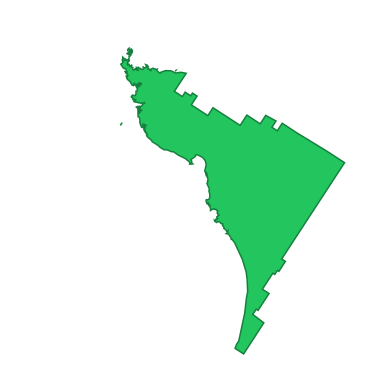 Broome, Western Australia, Australia (Robinson projection), rotated 303°
{"feature_id": "25037944B66848731281736", "entity_name": "Broome", "entity_type": "district", "adm_level": 2, "iso_a3": "AUS", "parent_name": "Australia", "parent_adm1": "Western Australia", "projection": "robinson", "projection_center": [122.495, -18.173], "detail": "fine", "context": "isolated", "style": "filled", "palette": "green", "viewbox_px": 384, "rotation_deg": 303, "n_neighbors": 0, "source": "geoboundaries", "source_scale": "gbopen_adm2", "svg_char_len": 5946}
<svg xmlns="http://www.w3.org/2000/svg" viewBox="0 0 384 384"><g transform="rotate(303 192 192)"><path d="M288.4,122.5L286.3,117.4L282.9,113.5L282.2,108.4L279.5,103.8L275.4,100.6L274.2,100.6L274.5,97.3L275.1,95.9L276.0,95.8L275.0,95.0L275.2,94.4L274.5,91.8L272.9,90.8L271.8,91.3L271.8,90.2L271.5,90.6L271.3,90.6L271.7,89.8L271.4,87.9L272.3,86.9L273.2,87.3L274.0,85.2L273.6,83.8L272.8,85.4L270.8,85.3L270.3,84.5L270.2,82.2L269.9,84.2L268.1,84.0L267.2,82.6L267.6,81.6L267.0,80.7L267.4,79.1L266.7,78.8L266.4,77.9L264.7,80.5L264.3,79.4L264.8,78.8L264.8,77.7L264.2,78.1L264.1,77.1L262.6,76.9L262.2,76.2L263.1,74.9L264.1,74.6L263.8,74.2L264.4,72.8L265.5,72.5L265.4,72.0L263.2,71.6L264.9,69.5L264.7,68.9L263.7,68.8L264.0,68.0L266.0,67.1L266.5,67.8L267.7,67.6L267.8,68.6L267.9,67.8L269.8,66.2L267.7,66.2L266.9,65.5L267.1,64.9L266.5,64.8L265.9,63.8L266.5,63.2L267.2,63.4L267.1,62.4L266.3,61.8L267.2,61.2L267.4,60.5L264.5,62.0L264.6,62.9L263.9,63.8L264.5,62.5L264.3,62.0L263.4,63.1L262.3,63.5L260.4,62.6L258.9,65.9L259.5,66.1L258.9,66.0L258.7,66.7L258.6,68.2L259.2,68.6L259.1,69.7L257.8,71.0L256.8,71.1L256.5,70.4L256.0,71.4L256.4,71.2L257.9,72.6L256.4,71.8L255.6,73.8L253.7,74.4L254.6,74.5L254.7,74.8L253.4,74.6L252.6,75.5L252.3,75.6L253.8,73.2L253.3,73.7L250.9,76.9L251.3,76.5L250.9,79.6L249.0,83.5L249.2,84.7L250.3,85.4L251.0,84.2L251.7,84.4L251.7,84.9L251.0,85.0L251.1,87.2L252.1,87.0L253.0,87.7L253.3,88.4L254.3,87.8L255.0,87.8L254.3,88.0L254.0,88.7L254.7,88.8L254.1,89.6L254.7,89.8L254.3,89.9L255.5,91.2L254.6,90.9L253.5,89.6L253.2,89.9L253.3,89.3L252.7,89.4L252.8,89.1L251.5,88.0L252.2,88.9L252.2,89.5L251.8,89.7L252.0,89.2L251.0,88.3L251.2,89.0L250.8,88.4L251.0,88.7L250.9,89.0L250.6,88.5L250.3,89.3L249.1,89.8L250.5,88.3L250.0,87.9L248.6,90.2L246.9,90.8L246.1,90.1L244.3,91.3L242.6,91.8L241.5,91.4L240.9,89.3L239.0,89.1L238.4,89.7L238.9,90.1L238.7,90.7L237.4,92.1L238.5,93.3L238.5,94.3L238.3,93.8L238.1,94.4L238.1,93.8L237.3,93.8L237.8,94.3L237.3,94.2L236.9,93.8L237.1,93.1L236.2,94.4L236.8,96.1L237.3,96.3L237.6,98.6L238.4,99.1L238.4,100.9L239.2,101.2L239.4,102.2L240.1,102.7L239.7,102.7L240.0,103.4L240.8,103.3L241.0,103.4L240.4,103.9L239.5,102.9L238.6,102.8L237.4,103.2L235.8,102.2L234.6,102.7L235.3,101.2L234.3,100.5L234.3,100.0L233.5,100.1L232.9,98.4L232.7,100.4L233.2,101.5L232.7,102.9L233.2,102.5L232.6,103.7L232.9,104.6L232.4,104.3L232.5,105.1L232.2,104.9L231.7,104.3L232.1,103.7L231.3,104.0L230.7,105.0L229.8,104.7L230.6,104.5L230.8,103.8L230.4,103.6L231.7,102.9L232.2,101.4L225.8,105.7L226.0,106.5L224.9,108.5L221.5,110.7L218.8,114.4L218.9,115.2L219.7,115.6L220.8,115.1L221.2,114.3L222.0,113.9L221.8,114.5L221.3,114.4L221.3,115.1L222.1,115.3L222.5,114.9L222.8,115.1L222.6,115.6L222.9,115.5L222.6,115.8L221.0,115.8L222.8,116.6L222.9,117.2L220.6,116.2L220.5,117.1L220.2,116.6L219.0,117.3L219.1,117.9L218.4,117.5L219.2,116.9L218.8,117.1L218.1,117.9L218.5,118.2L218.0,119.0L218.2,119.8L217.7,119.1L217.4,120.0L217.2,119.5L217.7,118.7L217.2,119.1L216.0,122.2L215.9,122.9L216.5,122.1L216.2,122.9L215.7,123.3L214.8,123.0L213.9,124.6L213.2,130.1L212.5,131.1L212.6,138.9L212.0,140.6L212.2,145.6L213.9,148.5L214.6,153.2L214.7,152.8L215.2,152.8L214.8,153.0L215.6,154.4L215.5,160.8L216.4,167.8L215.9,172.9L215.0,174.7L214.1,174.9L216.0,177.4L216.3,176.0L217.9,174.7L218.7,173.4L221.9,174.9L224.0,175.4L225.0,175.0L226.1,176.2L226.6,176.1L226.2,176.3L226.8,181.8L225.6,185.9L222.7,189.0L216.5,191.3L215.9,192.2L216.3,193.0L215.6,194.5L214.7,194.4L215.5,194.0L215.6,193.6L215.0,193.9L215.7,193.5L215.5,193.1L214.5,193.8L213.9,195.4L214.2,195.6L213.6,196.2L213.5,195.7L211.3,198.6L209.4,199.1L208.4,200.0L207.2,199.9L204.3,204.5L203.3,205.3L202.2,205.5L200.0,207.9L197.3,209.7L195.4,210.2L194.1,209.5L193.4,208.2L191.9,208.8L190.3,211.1L191.1,212.8L191.7,211.7L191.5,211.2L191.6,210.9L192.0,211.6L190.6,213.6L190.8,214.4L190.2,214.9L190.7,214.2L190.4,213.5L190.8,212.9L190.4,212.5L188.8,216.0L186.6,217.6L188.2,218.3L189.9,219.6L189.8,220.0L190.4,220.0L190.0,220.1L190.5,223.4L190.2,223.6L190.1,223.1L188.9,224.5L188.0,224.6L187.3,226.7L187.1,226.2L185.9,226.9L184.7,226.3L183.4,227.5L183.6,227.9L182.6,227.8L182.2,226.9L181.1,227.1L180.8,226.7L180.4,227.0L180.5,228.0L180.2,227.1L180.4,226.4L179.8,226.9L179.9,229.4L180.8,229.5L182.1,231.2L181.4,233.2L182.0,234.6L181.9,236.0L181.8,234.8L181.3,235.1L181.3,234.8L180.6,236.3L181.0,236.9L180.4,236.4L179.8,238.1L178.8,238.4L178.7,240.8L177.2,243.9L177.9,243.4L178.7,243.4L177.3,244.2L175.8,243.5L176.5,245.3L176.2,246.5L174.8,249.6L173.6,250.7L174.1,251.4L172.8,255.2L162.8,271.1L154.7,280.7L148.8,285.8L138.8,292.9L132.7,295.4L119.1,302.2L92.4,312.4L88.5,312.3L84.3,313.3L84.3,323.5L121.4,323.5L122.4,309.7L128.7,309.7L128.7,311.9L148.8,311.9L148.8,304.0L167.9,304.0L167.9,306.3L172.7,306.3L172.8,308.1L184.7,308.1L184.7,303.7L299.7,304.0L299.7,282.8L298.7,247.6L298.8,230.2L289.8,230.2L289.8,223.8L297.3,223.8L296.4,212.1L286.3,212.1L286.4,196.1L274.1,196.1L274.1,163.7L264.7,163.7L264.7,144.0L275.2,144.0L275.2,138.5L272.0,138.5L272.0,131.9L266.8,131.9L266.8,122.4L288.4,122.5ZM277.5,62.6L276.8,63.2L276.6,62.4L275.4,62.7L276.1,63.8L275.3,65.0L275.8,65.7L276.4,64.9L276.5,65.7L276.9,65.7L276.9,64.9L278.1,62.9L277.5,62.6ZM278.2,65.0L278.8,63.1L278.2,62.9L277.3,65.1L278.2,65.0ZM273.1,65.9L270.6,65.3L271.4,65.6L271.5,66.0L273.1,65.9ZM272.8,63.3L272.7,65.0L272.9,65.0L272.7,64.0L273.5,63.4L273.2,63.3L272.8,63.3ZM274.4,65.0L275.1,64.5L275.4,63.7L274.9,63.4L274.4,65.0ZM275.9,60.8L277.4,61.0L277.5,60.7L276.2,60.5L275.9,60.8ZM274.4,62.5L273.9,62.6L274.0,63.0L274.8,63.3L274.4,62.5ZM208.9,95.6L210.2,95.9L209.5,95.6L211.0,95.5L208.9,95.6ZM211.2,95.6L212.1,95.9L211.1,95.5L211.2,95.6ZM284.3,111.8L284.8,112.3L285.1,112.3L284.3,111.8ZM274.5,65.8L274.9,65.6L275.2,64.9L274.6,65.4L274.5,65.8ZM273.5,62.5L272.7,62.2L272.7,62.3L273.5,62.5ZM213.8,195.6L213.9,194.9L214.2,194.3L213.8,194.9L213.8,195.6ZM278.7,61.2L279.3,61.0L278.4,61.1L278.7,61.2Z" fill="#22c55e" stroke="#15803d" stroke-width="1.5"/></g></svg>